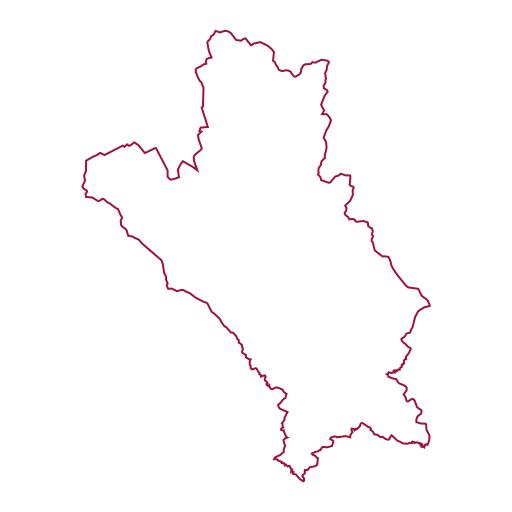 Yen Binh, Yên Bái, Vietnam
{"feature_id": "81297802B76693228184167", "entity_name": "Yen Binh", "entity_type": "district", "adm_level": 2, "iso_a3": "VNM", "parent_name": "Vietnam", "parent_adm1": "Yên Bái", "projection": "albers", "projection_center": [104.951, 21.859], "detail": "fine", "context": "isolated", "style": "outline", "palette": "rose", "viewbox_px": 512, "rotation_deg": 0, "n_neighbors": 0, "source": "geoboundaries", "source_scale": "gbopen_adm2", "svg_char_len": 6042}
<svg xmlns="http://www.w3.org/2000/svg" viewBox="0 0 512 512"><path d="M417.1,407.3L414.7,400.7L413.6,399.2L411.5,399.1L408.1,401.4L407.2,401.4L406.4,400.5L405.6,397.4L403.7,394.4L406.6,390.3L406.7,388.0L406.1,386.8L403.5,385.1L399.2,383.4L397.8,382.0L396.2,379.1L392.3,378.3L388.3,376.6L388.2,375.2L386.8,374.1L388.0,373.4L388.7,372.2L391.2,373.0L393.4,372.5L393.4,371.9L394.5,372.4L394.3,370.3L396.1,370.4L395.5,371.1L396.1,371.4L396.7,370.5L397.2,370.8L397.6,369.8L399.6,369.7L399.3,369.2L399.7,368.3L401.7,367.0L401.6,366.2L402.2,365.5L401.8,365.2L402.4,364.2L404.0,363.6L404.0,360.4L405.0,359.2L406.1,359.2L405.9,356.8L409.0,352.9L410.7,348.9L410.1,347.8L407.6,346.5L406.2,344.7L402.6,341.8L401.3,339.6L401.6,338.6L404.6,336.8L406.6,333.5L410.1,332.6L411.2,329.4L412.4,327.7L415.1,317.1L417.8,311.8L419.5,310.2L424.4,307.3L429.7,306.0L429.1,303.6L427.4,300.0L421.8,295.9L418.2,288.8L408.2,287.4L405.9,285.6L397.1,274.7L393.5,269.4L391.6,266.0L390.2,260.5L388.5,257.0L385.3,256.3L382.6,256.5L374.7,250.4L372.9,242.5L371.6,240.9L371.7,239.0L373.1,236.5L371.9,234.4L372.8,231.3L371.8,228.2L370.5,227.8L368.1,225.8L368.0,223.3L367.5,222.3L363.3,221.0L356.6,221.8L355.1,220.8L354.8,219.9L353.1,218.9L349.3,219.3L348.0,216.9L345.5,215.2L344.6,213.1L346.3,210.4L346.4,208.0L345.2,205.5L350.1,200.8L352.9,194.9L352.6,190.5L353.7,187.4L353.2,186.7L350.6,185.8L349.7,184.6L350.4,176.7L350.1,175.4L345.6,175.4L340.8,173.7L338.5,175.6L335.1,176.6L330.4,182.3L328.8,182.8L321.1,180.1L320.4,177.0L318.0,174.6L318.7,173.2L318.3,170.6L318.8,167.8L320.8,165.2L321.5,161.3L324.9,157.9L324.7,155.9L326.6,147.8L326.0,141.8L323.8,138.1L323.9,137.0L326.1,130.9L328.9,126.1L331.0,120.2L329.5,117.3L326.9,114.3L322.1,114.1L324.1,110.5L321.1,104.7L324.8,95.5L327.7,91.7L326.7,89.9L323.9,88.2L323.6,85.9L325.6,82.3L325.4,80.3L326.0,79.0L325.1,73.1L326.6,69.9L327.1,65.8L329.0,62.2L327.4,60.7L321.5,59.7L315.3,62.7L312.5,62.2L310.5,64.0L305.3,64.3L303.2,65.5L301.1,69.6L301.0,71.9L299.5,74.3L295.8,76.5L294.3,76.7L291.7,73.8L290.8,71.8L288.1,70.5L285.6,70.3L282.3,71.2L278.8,69.8L277.7,67.2L276.1,65.2L275.0,62.3L273.0,60.7L274.0,52.1L271.3,48.7L267.3,45.5L260.3,42.1L253.6,43.6L251.0,45.4L245.5,38.3L242.8,39.3L241.0,40.7L236.1,40.0L231.0,33.2L228.5,31.5L225.3,30.7L220.0,32.4L215.6,30.9L213.6,34.7L211.3,36.1L209.9,39.3L207.8,41.4L207.3,42.6L208.9,51.0L211.5,57.5L208.6,58.1L206.6,59.2L205.9,61.4L206.3,63.7L203.8,64.3L200.9,66.3L196.4,68.5L195.7,69.7L195.9,72.3L197.9,77.5L199.9,81.0L201.4,82.4L203.5,87.9L203.0,105.7L202.8,106.6L201.7,107.5L207.8,127.0L200.6,127.6L199.4,131.0L201.4,131.6L197.9,135.1L198.6,139.1L201.8,148.4L200.6,150.1L195.1,154.6L193.7,156.7L194.1,161.3L197.4,170.4L192.9,167.0L182.8,161.2L180.1,165.0L177.8,170.0L179.0,177.2L173.8,179.1L170.9,179.6L169.6,179.0L167.6,176.7L167.6,170.4L156.0,148.1L155.1,148.1L144.9,153.1L138.4,145.1L134.2,142.4L130.5,145.4L128.6,145.7L127.1,144.4L124.5,146.9L122.8,145.6L104.6,155.0L100.1,152.9L96.9,155.1L93.4,156.5L86.1,160.7L86.0,170.9L84.1,175.8L85.0,180.6L82.3,186.6L84.2,189.1L86.4,190.3L87.0,191.1L86.9,192.1L85.5,193.9L86.1,197.0L92.3,197.5L97.9,201.0L99.6,200.8L102.3,198.8L103.9,199.1L107.2,202.2L109.7,203.4L115.5,207.9L118.1,209.2L120.4,214.7L122.2,217.6L120.7,220.5L121.1,225.2L123.6,227.7L125.2,228.6L126.6,230.3L128.2,235.8L132.7,236.6L134.6,237.9L138.7,239.5L141.8,243.3L161.4,260.2L162.8,264.0L164.1,272.9L166.1,276.7L166.0,279.5L167.7,283.7L166.9,284.5L166.7,285.6L168.2,288.9L171.5,288.5L177.1,291.2L180.8,290.1L183.2,290.0L187.6,292.4L189.1,292.7L195.6,297.6L203.0,301.5L206.7,302.8L207.6,303.8L211.6,311.8L214.0,313.4L219.7,318.8L221.4,322.1L224.6,326.5L226.0,326.9L230.8,332.5L233.1,332.7L236.3,336.3L237.2,338.9L238.7,340.0L238.8,342.8L239.8,343.1L242.0,345.2L242.0,346.8L243.0,348.7L242.1,351.3L242.2,352.7L246.0,355.1L246.0,357.4L249.4,359.4L250.6,359.4L249.8,361.1L249.7,364.5L250.7,365.8L250.6,368.0L252.2,369.5L255.4,368.2L256.5,368.5L258.4,372.0L259.5,372.9L259.3,374.2L261.1,375.2L261.1,376.6L263.4,375.6L265.1,375.5L265.6,376.5L264.8,378.6L264.9,380.3L267.3,382.4L267.5,383.2L266.5,383.9L266.5,384.7L268.0,385.9L269.2,385.0L269.5,386.9L270.9,388.9L272.2,389.3L275.9,387.4L278.8,388.0L282.2,389.4L284.1,392.2L286.6,394.0L285.8,395.6L285.6,397.7L282.9,399.6L280.7,402.6L278.1,404.9L278.9,407.6L280.3,408.9L287.5,412.0L284.6,417.6L284.3,420.3L281.9,423.2L282.5,423.8L282.6,426.2L283.3,427.4L281.3,428.4L280.9,429.4L281.6,430.3L283.8,430.4L284.1,432.1L286.2,436.8L287.4,437.5L285.5,438.2L283.6,439.8L283.8,442.2L285.2,445.8L283.8,448.9L283.8,451.8L280.2,455.0L275.1,457.3L274.1,459.2L277.2,459.3L278.2,460.7L281.7,461.8L281.4,462.7L281.8,463.1L284.2,463.3L284.7,465.3L285.9,464.5L287.3,466.3L288.6,465.8L289.8,466.1L289.7,466.9L291.4,469.2L291.2,471.4L292.3,470.3L292.5,472.4L293.4,472.2L293.2,474.0L295.9,474.4L299.5,478.7L303.1,481.3L304.0,480.8L304.0,478.4L302.4,476.1L302.6,475.3L304.8,473.3L304.8,470.1L307.5,470.0L310.2,467.0L315.1,466.3L317.2,464.7L317.9,458.2L316.5,457.4L315.3,455.8L312.7,454.8L311.8,453.5L315.7,451.8L318.2,451.4L319.3,450.2L320.6,450.0L321.6,447.9L322.9,446.9L327.1,447.3L332.0,446.0L333.4,441.3L333.0,440.6L330.1,439.1L330.9,437.6L334.1,436.5L335.9,436.5L337.0,437.3L345.8,436.1L350.2,437.3L350.5,434.7L352.5,432.1L351.4,429.8L351.6,428.6L353.7,428.8L354.7,430.3L355.7,428.8L356.6,429.4L359.7,426.5L360.6,423.8L361.4,423.1L362.7,423.1L368.1,426.9L369.8,427.4L370.9,428.7L370.4,429.8L372.7,431.4L374.3,434.3L377.4,434.8L380.1,437.0L382.6,436.8L385.8,439.2L388.4,439.7L389.4,439.2L390.1,437.2L391.6,435.3L397.9,441.0L399.9,441.6L402.5,443.3L407.5,443.8L409.8,442.7L411.3,443.2L412.5,442.8L412.2,441.8L412.5,441.5L413.6,442.3L415.2,441.9L414.3,442.7L414.5,443.0L417.2,442.3L418.3,443.0L419.6,442.9L420.2,444.5L421.2,443.7L421.8,443.8L422.7,445.7L421.4,446.0L421.4,446.8L423.0,446.8L424.3,447.5L425.1,444.6L426.1,444.3L427.3,444.9L427.9,443.9L429.3,440.1L429.4,435.4L426.5,429.8L426.0,424.2L425.5,423.7L420.8,423.5L416.4,422.1L416.3,419.7L417.5,416.4L421.0,413.7L421.6,411.4L421.1,410.0L417.1,407.3Z" fill="none" stroke="#9f1239" stroke-width="2"/></svg>